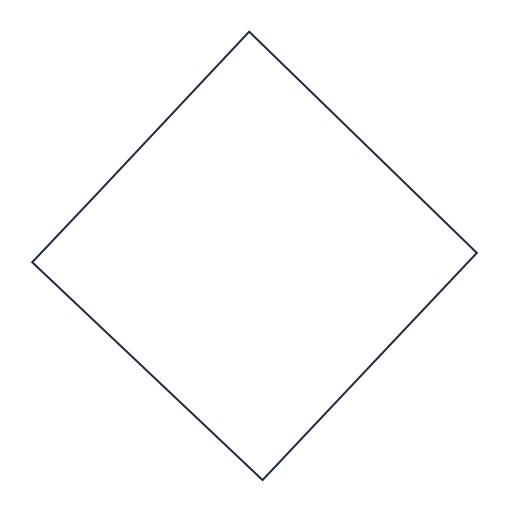 outline of Mitchell, Texas, United States of America, rotated 133°
{"feature_id": "52423323B74678572937686", "entity_name": "Mitchell", "entity_type": "district", "adm_level": 2, "iso_a3": "USA", "parent_name": "United States of America", "parent_adm1": "Texas", "projection": "orthographic", "projection_center": [-100.906, 32.307], "detail": "fine", "context": "isolated", "style": "outline", "palette": "slate", "viewbox_px": 512, "rotation_deg": 133, "n_neighbors": 0, "source": "geoboundaries", "source_scale": "gbopen_adm2", "svg_char_len": 245}
<svg xmlns="http://www.w3.org/2000/svg" viewBox="0 0 512 512"><g transform="rotate(133 256 256)"><path d="M415.4,98.4L103.1,96.6L103.1,99.2L96.6,414.0L317.9,414.7L413.2,415.4L415.4,98.4Z" fill="none" stroke="#1e293b" stroke-width="2"/></g></svg>